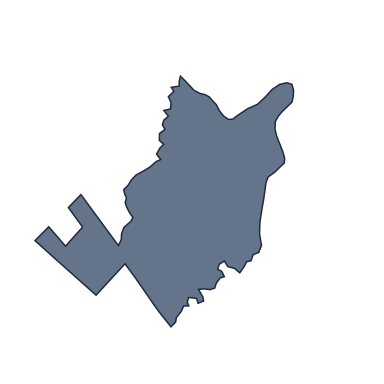 outline of Saudade do Iguaçu, Paraná, Brazil, rotated 46°
{"feature_id": "56859067B21395329583360", "entity_name": "Saudade do Iguaçu", "entity_type": "district", "adm_level": 2, "iso_a3": "BRA", "parent_name": "Brazil", "parent_adm1": "Paraná", "projection": "albers", "projection_center": [-52.606, -25.705], "detail": "fine", "context": "isolated", "style": "filled", "palette": "slate", "viewbox_px": 384, "rotation_deg": 46, "n_neighbors": 0, "source": "geoboundaries", "source_scale": "gbopen_adm2", "svg_char_len": 1629}
<svg xmlns="http://www.w3.org/2000/svg" viewBox="0 0 384 384"><g transform="rotate(46 192 192)"><path d="M278.6,179.0L269.4,172.8L264.4,167.8L260.6,163.7L251.8,152.1L247.2,145.7L236.6,132.2L234.1,126.8L235.2,118.8L235.2,105.4L232.0,101.8L225.5,98.4L214.8,94.0L210.7,92.3L204.5,88.7L199.1,83.0L197.4,77.0L196.8,71.5L196.8,57.7L193.5,52.7L189.3,48.2L183.9,45.3L179.3,47.9L175.5,54.1L173.9,63.1L174.6,74.6L174.4,83.9L170.8,94.0L168.6,105.9L167.9,112.1L165.1,115.4L159.0,116.5L152.5,115.8L146.1,113.8L141.4,113.9L135.7,113.5L131.2,114.9L126.7,117.8L120.5,119.9L108.6,119.7L100.7,119.9L103.7,124.7L107.0,127.5L102.3,134.2L107.0,135.2L107.0,142.8L113.2,145.0L117.3,149.7L113.8,155.6L121.1,156.4L120.7,162.3L123.1,166.6L128.2,168.0L127.3,174.7L132.3,179.7L138.0,179.2L138.1,184.7L140.1,191.2L146.9,191.9L145.2,196.7L144.8,205.0L142.7,214.2L140.9,220.3L141.2,227.4L142.7,232.9L142.9,239.5L146.8,241.9L150.6,243.1L153.2,247.4L157.5,249.5L163.1,251.2L169.3,252.2L170.6,256.5L170.2,265.5L173.0,271.5L177.1,276.0L179.4,282.2L116.7,273.7L117.3,291.7L141.2,295.1L143.1,320.6L117.5,319.2L117.9,338.7L133.8,337.6L138.8,337.3L176.8,334.4L199.6,332.7L197.1,290.1L214.6,292.4L248.6,298.0L254.7,298.9L274.4,300.8L274.2,294.1L271.5,290.6L270.4,282.5L268.2,277.2L271.7,273.4L268.0,271.9L265.5,267.7L271.7,262.7L276.3,264.9L278.5,259.3L274.9,257.0L266.6,255.0L269.9,250.8L274.8,246.8L276.9,242.4L274.5,237.9L273.4,231.4L275.4,227.6L269.8,225.7L265.5,227.2L262.9,222.7L264.1,216.7L270.4,218.1L276.5,214.5L283.3,213.8L281.8,205.9L280.1,201.2L282.5,197.4L279.6,191.7L281.8,185.9L278.6,179.0Z" fill="#64748b" stroke="#1e293b" stroke-width="1.5"/></g></svg>